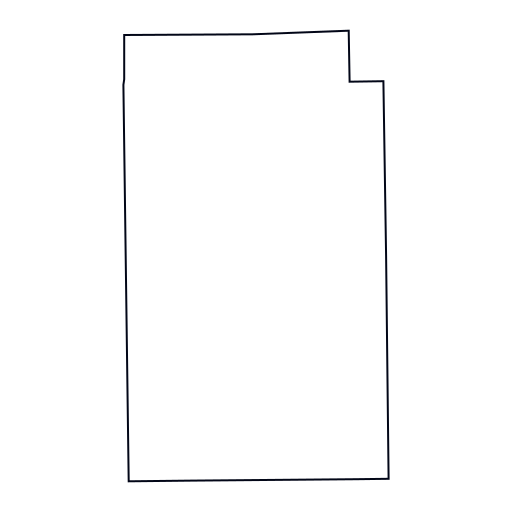 outline of Wabash, Indiana, United States of America
{"feature_id": "52423323B5962207339550", "entity_name": "Wabash", "entity_type": "district", "adm_level": 2, "iso_a3": "USA", "parent_name": "United States of America", "parent_adm1": "Indiana", "projection": "orthographic", "projection_center": [-85.796, 40.849], "detail": "fine", "context": "isolated", "style": "outline", "palette": "ink", "viewbox_px": 512, "rotation_deg": 0, "n_neighbors": 0, "source": "geoboundaries", "source_scale": "gbopen_adm2", "svg_char_len": 275}
<svg xmlns="http://www.w3.org/2000/svg" viewBox="0 0 512 512"><path d="M124.2,35.0L124.2,79.3L123.4,84.8L128.7,481.3L193.2,480.6L356.7,479.2L388.6,478.8L386.1,256.3L383.4,81.2L349.6,81.7L348.7,30.7L252.8,34.3L124.2,35.0Z" fill="none" stroke="#020617" stroke-width="2"/></svg>